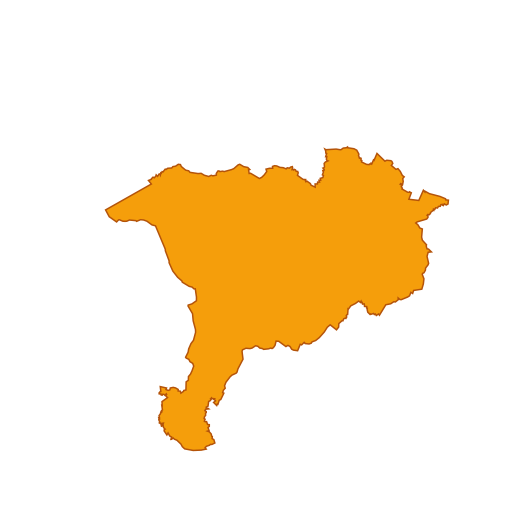 Atlapexco, Hidalgo, Mexico (Albers equal-area conic projection), rotated 50°
{"feature_id": "50627088B28473489349448", "entity_name": "Atlapexco", "entity_type": "district", "adm_level": 2, "iso_a3": "MEX", "parent_name": "Mexico", "parent_adm1": "Hidalgo", "projection": "albers", "projection_center": [-98.36, 21.021], "detail": "fine", "context": "isolated", "style": "filled", "palette": "amber", "viewbox_px": 512, "rotation_deg": 50, "n_neighbors": 0, "source": "geoboundaries", "source_scale": "gbopen_adm2", "svg_char_len": 6115}
<svg xmlns="http://www.w3.org/2000/svg" viewBox="0 0 512 512"><g transform="rotate(50 256 256)"><path d="M361.6,119.4L360.4,120.4L357.6,119.1L357.1,118.2L350.8,118.4L348.0,117.0L342.2,111.2L339.9,112.5L336.1,111.9L333.4,112.4L333.5,110.5L337.4,101.5L337.0,99.5L335.9,98.6L334.8,98.8L334.6,97.7L335.7,96.9L335.6,95.1L334.9,94.4L334.9,91.3L335.4,90.6L334.0,90.2L335.2,90.1L334.3,89.7L335.2,89.0L334.5,87.4L335.9,86.1L335.3,84.4L336.4,82.9L335.5,81.4L336.3,80.0L336.8,80.5L337.8,80.1L337.1,78.2L339.2,77.5L339.6,75.5L336.9,72.7L334.9,74.6L334.0,74.0L328.6,76.8L319.7,83.1L315.0,84.9L315.5,85.5L313.2,85.5L318.1,95.6L310.8,102.4L307.4,96.4L305.6,97.1L305.8,97.5L304.7,98.8L298.5,101.1L298.1,100.3L296.3,100.2L295.8,98.5L293.8,99.5L293.5,98.6L295.4,97.7L293.5,95.3L291.0,93.8L290.6,91.6L288.3,92.1L283.9,91.1L280.3,91.1L279.6,93.1L273.6,94.1L273.0,91.7L270.9,91.1L269.7,91.4L266.7,94.3L266.2,96.3L255.2,97.4L258.6,104.1L257.9,104.2L259.9,108.2L258.9,108.3L259.3,109.0L258.5,109.9L258.7,110.6L256.9,112.4L251.8,114.7L250.9,113.6L250.1,114.0L248.7,112.7L248.2,112.8L247.6,113.9L244.7,112.7L244.1,111.7L239.7,110.8L236.8,112.0L232.0,116.2L231.3,115.8L231.1,117.3L229.4,119.8L229.2,122.5L228.7,123.2L225.6,125.9L219.5,134.1L218.4,134.5L220.3,135.1L222.1,136.4L222.9,136.0L224.7,138.8L225.4,137.9L227.1,139.9L228.2,140.2L229.4,139.7L228.6,142.4L228.9,144.3L231.8,146.3L232.1,147.2L231.7,148.2L233.7,148.2L234.2,149.1L233.5,149.9L235.2,150.6L236.5,153.0L237.7,152.6L238.9,154.4L237.8,156.9L239.6,157.8L238.5,159.1L240.3,159.9L239.0,161.3L240.3,162.6L238.8,164.4L241.3,166.4L237.2,168.3L235.4,167.8L231.2,168.9L231.2,170.0L229.6,169.6L229.3,168.9L227.6,170.7L220.9,172.4L219.4,170.2L218.0,169.7L217.0,170.8L215.4,170.4L214.2,171.0L214.3,171.7L213.9,171.6L213.0,172.9L212.0,171.3L210.9,170.7L210.1,172.4L210.2,173.9L208.5,175.4L208.6,176.9L205.8,178.4L203.5,180.7L200.4,182.2L198.7,183.8L198.0,185.8L199.5,186.8L197.4,189.4L195.9,192.5L198.2,193.5L199.2,197.7L199.4,201.1L198.8,203.6L189.1,207.0L188.4,208.2L185.2,206.3L185.7,205.2L182.9,205.4L179.6,208.0L175.3,209.5L174.7,211.1L174.8,216.8L174.1,219.2L170.9,226.1L169.6,227.0L168.1,229.4L167.1,229.6L166.4,230.5L167.2,233.3L168.6,234.4L166.8,237.6L165.4,238.4L164.7,241.1L160.9,243.7L157.4,244.9L155.6,247.4L149.5,252.8L147.5,252.8L145.0,254.7L139.4,255.7L137.4,255.1L135.8,256.6L135.5,259.9L134.1,262.2L134.4,264.0L132.0,267.3L131.9,269.3L131.1,269.7L131.8,273.2L131.0,273.7L131.7,275.3L131.1,275.5L132.5,277.2L131.5,276.9L130.9,277.4L131.7,280.2L129.7,280.3L130.4,281.4L130.7,283.7L129.4,284.2L129.6,286.5L130.0,286.9L129.0,289.8L133.6,289.9L124.0,341.6L131.6,343.2L140.3,340.9L140.0,338.1L140.5,337.3L143.7,335.7L145.3,334.0L146.3,332.6L147.1,329.8L151.7,325.3L152.7,325.2L154.0,321.1L156.1,319.0L159.2,317.2L165.3,315.7L168.3,313.6L192.4,321.1L193.8,322.1L203.9,325.7L205.3,326.9L214.1,329.4L221.9,329.7L227.4,328.8L228.7,329.3L236.3,326.7L238.6,325.0L241.4,324.6L242.1,323.6L249.2,328.0L252.0,330.4L251.5,335.9L250.0,339.5L250.6,340.2L259.4,341.7L265.3,345.8L273.4,349.6L275.7,351.4L280.4,358.1L281.3,362.1L283.9,367.3L286.1,369.9L288.3,375.0L289.3,375.1L292.0,373.9L294.5,374.5L297.6,373.5L300.3,374.5L302.9,378.9L304.4,382.2L304.9,385.2L307.7,387.7L307.5,390.4L313.6,395.8L312.6,397.8L313.1,398.5L312.8,401.7L310.9,400.9L309.3,402.4L308.2,401.4L305.4,402.4L303.4,403.9L302.0,406.5L303.2,408.0L302.5,409.7L300.4,410.8L299.6,409.4L294.5,413.3L298.6,416.0L298.3,416.5L298.6,418.3L299.4,418.8L300.5,417.5L301.3,418.0L302.3,417.4L302.0,416.2L303.1,415.4L304.3,415.3L303.9,413.3L304.6,413.4L305.0,415.0L307.6,414.8L307.1,421.6L310.3,424.0L309.9,424.2L313.8,426.6L313.7,427.6L314.9,428.3L315.0,429.6L314.6,429.5L315.6,431.1L315.9,432.8L317.9,433.9L317.4,434.4L318.9,434.9L318.6,435.4L319.1,435.8L321.9,436.6L321.8,437.3L323.0,436.9L324.5,434.3L325.3,435.5L324.4,437.2L325.6,437.8L326.4,436.2L328.0,437.1L330.2,436.9L330.0,437.8L330.9,438.8L335.8,439.3L335.0,437.1L338.5,437.8L340.3,437.0L341.8,439.0L342.2,438.4L342.0,436.5L343.8,436.3L346.3,435.0L351.9,434.4L354.7,435.0L357.9,434.6L364.6,429.1L369.5,422.7L371.9,418.3L370.1,418.2L369.9,416.3L371.1,413.2L371.0,412.1L372.0,410.9L372.8,407.7L369.5,406.3L367.7,407.0L366.2,405.5L365.6,405.8L363.5,404.7L360.6,404.8L359.0,405.7L359.6,404.2L356.5,403.0L356.5,401.3L355.2,400.2L353.9,401.4L351.1,400.3L350.4,401.4L349.4,401.8L348.3,399.9L347.2,400.3L346.0,398.7L345.7,397.0L343.9,395.7L344.0,394.8L343.1,394.1L341.6,394.6L341.0,393.1L342.7,390.5L341.9,390.7L341.0,392.0L339.8,391.3L340.2,389.3L337.0,385.8L337.4,384.2L337.0,382.4L336.2,382.6L336.1,381.3L336.6,381.5L338.5,379.7L338.5,380.6L340.6,379.9L341.0,380.1L340.9,382.6L345.3,382.2L344.5,380.8L345.1,380.5L342.9,376.9L343.3,375.2L340.4,368.8L339.2,369.4L337.8,367.1L337.5,364.6L335.2,363.5L333.4,360.2L331.9,353.6L331.8,351.0L333.0,346.5L332.8,345.3L330.8,342.3L326.7,332.3L320.1,328.0L319.2,326.7L320.2,323.0L323.0,320.2L324.0,318.2L324.5,314.0L326.4,312.6L328.9,312.3L331.0,310.6L332.4,310.2L335.2,306.0L336.0,303.9L337.2,303.2L337.4,301.6L336.7,298.9L334.1,295.3L336.0,293.4L344.6,291.3L345.0,289.0L347.2,288.1L350.3,288.6L352.2,287.8L355.3,285.0L352.1,278.9L353.4,278.2L353.1,274.0L353.6,274.8L354.7,274.6L357.5,271.9L358.3,269.8L357.8,268.2L359.1,264.6L359.2,260.0L358.1,252.5L356.4,247.2L356.4,243.4L364.3,241.8L363.6,238.4L361.0,236.0L360.9,231.5L361.5,231.1L360.5,229.1L361.0,227.4L361.6,227.3L361.3,226.3L361.0,225.7L359.8,225.3L359.4,224.0L359.7,223.4L355.7,219.5L356.1,219.4L355.1,215.4L356.3,210.2L356.5,206.4L359.8,205.5L358.4,205.2L358.2,204.6L359.3,205.1L359.7,204.5L361.3,205.3L362.3,203.9L364.4,205.3L365.9,203.7L367.0,204.7L367.6,204.3L368.5,205.3L370.9,206.5L374.1,206.2L374.0,205.5L374.6,205.3L375.6,202.9L376.9,203.0L377.1,201.9L378.9,202.1L379.2,199.4L380.7,199.5L376.8,187.9L379.2,183.5L379.6,179.8L380.8,178.8L380.9,175.1L379.6,174.1L381.9,173.7L382.8,172.8L384.9,166.2L385.2,164.0L383.4,160.7L385.4,160.1L383.7,157.4L388.0,150.3L385.0,145.8L381.4,142.0L377.0,140.5L376.4,139.6L376.8,138.1L375.8,135.4L374.2,133.8L373.4,130.0L372.6,128.5L366.2,125.2L363.8,121.7L365.6,119.0L361.6,119.4Z" fill="#f59e0b" stroke="#b45309" stroke-width="1.5"/></g></svg>